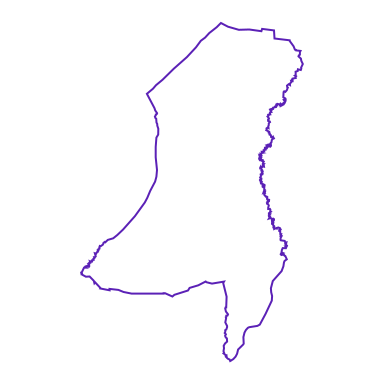 San Martín, Corrientes, Argentina (Natural Earth projection)
{"feature_id": "61730980B32526789553525", "entity_name": "San Martín", "entity_type": "district", "adm_level": 2, "iso_a3": "ARG", "parent_name": "Argentina", "parent_adm1": "Corrientes", "projection": "natural_earth1", "projection_center": [-56.886, -28.867], "detail": "fine", "context": "isolated", "style": "outline", "palette": "violet", "viewbox_px": 384, "rotation_deg": 0, "n_neighbors": 0, "source": "geoboundaries", "source_scale": "gbopen_adm2", "svg_char_len": 6000}
<svg xmlns="http://www.w3.org/2000/svg" viewBox="0 0 384 384"><path d="M220.9,23.0L216.7,27.2L209.2,33.1L205.1,37.6L200.8,40.8L196.0,47.3L186.9,57.1L173.8,68.7L162.5,79.8L156.0,85.2L153.0,88.7L146.9,93.8L154.5,108.2L155.2,110.4L157.1,113.2L156.8,114.0L155.8,114.5L155.8,115.3L154.9,116.5L155.4,118.0L156.2,118.7L156.5,122.6L157.2,123.9L157.3,125.7L158.3,128.7L158.2,134.6L156.4,137.6L155.7,146.9L155.7,157.3L157.0,170.0L156.4,176.7L155.1,181.6L150.2,190.9L147.3,197.8L144.8,202.5L134.9,216.2L123.1,229.5L117.2,235.1L113.2,238.3L107.8,239.9L105.3,242.3L104.8,241.9L103.6,242.8L103.4,242.4L103.4,243.5L102.8,244.7L100.5,246.3L99.8,246.0L99.3,247.4L99.5,248.6L98.2,249.3L98.0,249.7L98.6,249.9L98.5,250.3L97.7,250.3L97.9,251.7L97.0,252.1L96.2,253.6L95.5,253.4L95.5,254.1L95.0,253.8L95.7,256.4L94.9,257.2L94.2,257.2L94.5,257.9L93.4,258.7L93.7,259.8L91.9,260.3L91.6,260.7L92.1,261.4L91.9,261.7L91.0,261.4L90.7,262.0L89.9,261.5L90.2,262.8L89.1,262.9L88.3,263.7L89.2,264.2L89.2,266.1L88.6,266.2L88.6,266.8L87.5,266.5L87.5,265.8L85.3,266.5L84.8,267.2L85.6,267.7L84.0,267.7L81.7,272.5L81.2,272.6L81.5,274.1L82.1,273.9L82.4,274.8L85.9,276.7L89.6,276.5L93.8,280.8L94.4,283.2L95.1,282.3L100.6,288.2L100.4,288.5L109.6,290.3L109.5,288.9L118.4,289.9L123.6,292.0L131.6,293.6L163.6,293.6L163.6,293.2L165.0,293.2L172.4,296.5L174.4,294.8L188.0,290.5L189.6,287.9L198.3,285.3L205.7,281.5L206.4,282.2L212.0,283.6L224.0,281.6L223.2,283.0L226.6,296.7L226.2,307.4L225.6,307.4L225.2,308.4L225.9,311.5L228.0,314.3L227.5,315.5L226.3,315.7L226.3,316.8L225.8,317.2L226.1,318.3L225.3,322.4L227.1,326.0L227.1,327.1L226.3,329.5L225.2,330.2L225.3,331.8L224.7,333.0L225.9,334.3L225.1,335.8L225.8,337.5L226.9,338.4L227.1,341.6L225.0,343.5L223.7,345.8L224.0,348.2L223.5,351.2L224.1,352.8L223.5,353.4L225.4,354.8L225.7,356.2L226.5,355.6L226.8,357.7L227.8,358.7L229.6,359.5L230.2,361.0L233.3,359.1L235.6,356.6L237.1,353.7L238.1,349.5L243.3,344.4L243.7,343.6L243.4,337.1L244.5,332.6L245.9,330.0L247.9,327.8L249.2,327.2L257.4,325.9L259.8,324.6L265.5,314.0L271.8,300.6L272.1,296.0L271.2,292.3L270.9,288.3L272.8,281.0L281.6,271.1L283.4,266.3L284.0,262.3L284.6,260.9L286.8,259.3L285.3,256.0L284.6,255.8L284.2,255.0L282.7,254.7L281.4,255.0L280.7,254.2L281.2,253.3L282.7,253.7L283.4,253.2L281.5,252.4L281.9,249.9L282.7,248.1L285.9,248.2L286.2,247.4L285.4,246.3L286.8,246.2L287.0,245.7L285.2,243.9L285.2,243.4L286.2,243.3L286.4,242.4L285.4,242.7L284.7,240.9L280.8,240.3L280.5,239.9L280.6,238.0L281.6,236.1L280.5,235.9L281.2,234.1L280.3,234.0L280.2,231.6L279.2,231.0L279.2,230.5L279.3,229.9L280.4,229.9L280.7,229.4L280.3,229.0L279.4,229.4L280.0,228.7L279.9,228.1L278.3,227.5L277.0,227.9L276.8,228.6L276.0,228.2L274.2,229.0L274.2,227.9L273.5,227.7L273.3,227.1L274.2,226.2L273.0,224.9L273.1,223.7L272.5,224.1L272.0,223.9L272.0,223.3L272.6,222.3L273.1,223.1L273.4,222.8L273.2,220.4L274.0,220.0L274.0,219.2L273.7,219.1L273.3,220.0L273.0,218.7L272.5,218.8L271.9,220.1L271.8,219.0L270.8,218.0L268.9,218.6L270.0,216.5L268.9,216.2L268.8,215.8L270.1,214.2L268.9,214.0L268.9,213.2L270.9,211.7L270.2,211.2L270.4,209.8L269.9,208.9L268.2,209.0L268.2,207.6L268.8,205.5L268.1,204.2L267.1,203.8L266.9,203.0L267.6,202.5L267.3,201.8L267.7,201.1L267.9,202.0L269.0,201.2L269.1,199.8L267.2,199.3L267.0,198.9L267.3,197.0L266.6,196.5L265.9,196.7L264.2,194.7L264.5,194.0L264.2,193.5L265.0,193.1L264.7,192.4L265.0,191.7L264.5,191.5L263.6,192.2L264.2,190.4L264.9,190.0L264.2,189.3L264.3,187.4L263.8,187.3L264.2,186.8L263.8,185.6L264.6,185.5L264.6,185.0L264.1,184.7L263.2,186.2L262.6,186.3L262.5,183.8L261.0,183.5L260.8,182.7L261.8,181.8L261.2,181.0L260.4,181.0L259.9,180.0L260.2,179.4L260.9,180.2L261.3,179.6L261.4,178.4L260.2,177.4L261.0,176.0L260.7,174.6L262.4,174.4L262.7,173.7L262.5,172.7L261.9,172.7L262.6,171.5L261.5,170.8L262.2,170.2L261.1,168.7L260.2,168.5L260.2,167.7L260.6,166.9L260.9,167.7L262.0,167.3L262.4,166.4L264.0,166.7L263.8,165.5L263.1,164.9L263.9,164.0L262.8,163.8L262.8,163.5L263.7,161.6L262.5,161.2L262.8,160.2L261.4,159.7L261.0,159.8L261.2,160.4L260.4,160.3L260.8,158.9L259.5,159.5L259.1,158.8L259.4,157.7L260.2,157.5L259.7,156.3L260.7,156.4L259.7,154.9L261.3,155.1L260.8,154.0L261.1,154.1L261.7,153.0L262.8,152.8L261.7,152.4L261.7,151.9L262.5,152.2L263.1,151.3L264.1,151.1L263.8,150.1L265.1,149.8L264.7,149.3L264.9,147.9L265.9,148.1L265.7,149.1L266.8,148.4L267.0,147.9L266.4,147.3L267.8,146.8L267.1,146.3L266.1,146.7L267.5,145.4L267.0,145.1L269.4,144.3L269.4,145.2L268.8,145.6L268.2,145.2L268.1,146.0L270.3,146.7L271.0,145.8L270.7,143.0L271.4,142.4L271.8,140.0L272.6,139.0L273.9,138.4L273.3,137.3L272.7,137.6L272.7,136.8L271.7,137.4L271.1,137.1L270.9,135.2L269.5,134.6L269.4,133.8L269.8,133.5L269.7,133.1L268.7,132.6L269.1,131.7L266.3,130.2L266.7,129.5L266.5,128.4L267.5,127.6L268.5,128.1L268.3,126.1L268.8,125.0L268.7,123.8L269.3,122.5L270.0,122.1L269.8,121.5L268.1,120.9L268.1,119.6L268.6,119.5L269.0,118.4L267.5,116.5L268.5,115.7L268.1,114.8L268.3,114.6L270.3,114.4L269.9,112.8L270.4,112.1L271.3,112.0L270.0,109.5L271.2,109.0L271.8,109.8L272.3,108.9L273.1,108.9L273.1,107.7L275.6,107.1L275.2,106.4L275.7,106.1L276.2,106.6L276.7,105.9L276.2,104.8L276.4,104.4L277.2,104.8L277.5,103.9L279.5,104.4L279.7,105.4L280.1,105.3L279.9,104.7L280.5,103.6L281.3,104.2L280.4,104.4L281.0,105.1L281.6,104.3L282.3,104.4L281.8,105.4L284.4,104.0L283.1,104.1L283.0,103.6L283.5,102.9L284.6,103.0L285.6,100.8L285.0,100.3L284.3,100.7L283.7,99.8L285.6,99.0L285.3,98.4L283.3,97.3L283.6,92.0L284.2,91.3L285.3,91.9L286.8,90.2L287.8,87.6L287.3,87.4L287.0,85.6L288.7,84.2L290.0,85.0L289.9,83.6L291.4,82.1L291.1,80.9L292.6,81.1L292.6,80.2L291.9,79.8L292.5,78.6L295.7,78.0L295.5,77.2L296.1,76.3L294.9,75.6L295.7,75.1L295.6,71.7L297.7,71.0L297.9,69.3L300.8,70.0L301.3,68.6L301.1,67.7L302.8,64.0L301.3,60.8L300.9,58.6L298.5,56.4L298.8,55.4L299.9,54.7L299.9,52.2L300.5,50.9L296.1,50.4L296.0,49.9L294.9,49.6L293.6,46.3L289.8,41.1L289.7,40.3L274.5,38.5L274.0,30.4L262.1,28.9L261.4,31.2L249.3,29.5L238.8,29.8L228.0,26.7L220.9,23.0Z" fill="none" stroke="#5b21b6" stroke-width="2"/></svg>